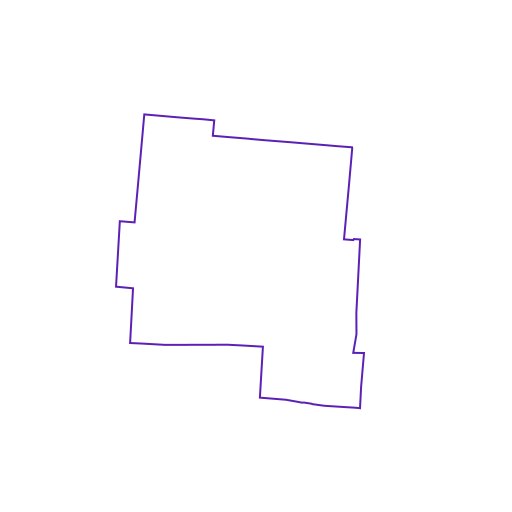 Almirante Brown, Buenos Aires, Argentina (Robinson projection), rotated 126°
{"feature_id": "61730980B85315219245745", "entity_name": "Almirante Brown", "entity_type": "district", "adm_level": 2, "iso_a3": "ARG", "parent_name": "Argentina", "parent_adm1": "Buenos Aires", "projection": "robinson", "projection_center": [-58.367, -34.832], "detail": "fine", "context": "isolated", "style": "outline", "palette": "violet", "viewbox_px": 512, "rotation_deg": 126, "n_neighbors": 0, "source": "geoboundaries", "source_scale": "gbopen_adm2", "svg_char_len": 773}
<svg xmlns="http://www.w3.org/2000/svg" viewBox="0 0 512 512"><g transform="rotate(126 256 256)"><path d="M176.0,348.2L184.1,361.6L170.8,369.5L176.6,379.4L181.0,386.4L190.4,401.8L207.1,429.6L265.8,394.5L300.2,374.0L307.9,386.6L363.1,351.2L354.4,336.5L400.4,306.7L394.0,297.0L381.2,277.1L344.4,226.7L336.7,214.9L325.3,197.1L368.3,169.6L354.7,147.3L349.2,136.0L347.9,133.1L347.0,131.9L346.2,130.7L345.4,129.2L342.8,124.1L342.8,123.5L336.9,112.5L324.6,93.1L321.0,87.5L318.6,83.5L318.0,82.4L300.0,94.1L271.0,111.6L277.2,120.4L260.3,128.7L243.0,141.4L181.4,181.5L184.8,186.8L185.9,186.6L190.8,194.6L143.6,222.7L112.4,241.4L111.6,242.2L119.5,255.0L125.7,265.3L143.7,295.0L158.1,318.5L165.0,330.0L165.2,330.5L176.0,348.2Z" fill="none" stroke="#5b21b6" stroke-width="2"/></g></svg>